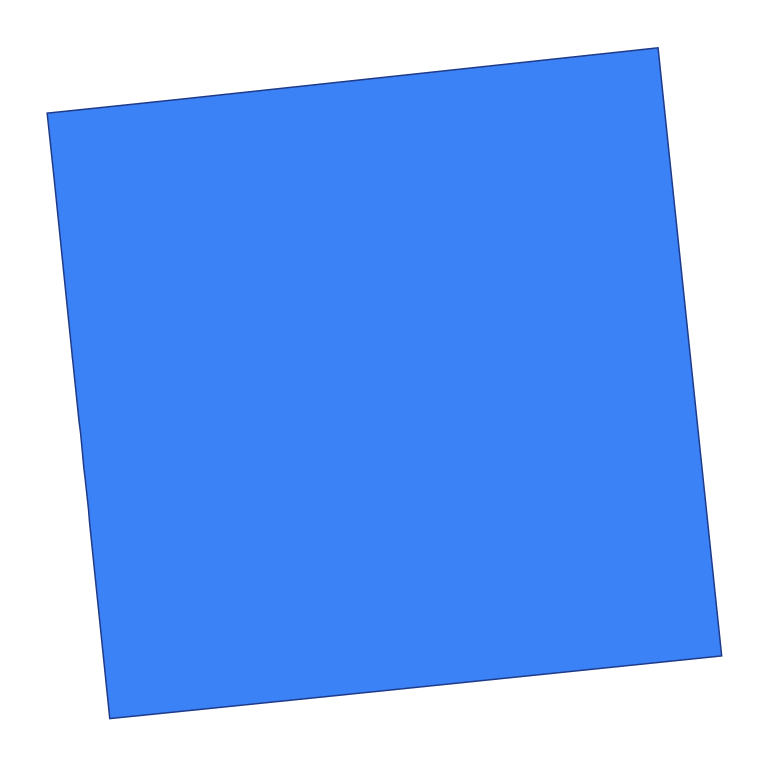 the district of Marshall, Kansas, United States of America, rotated 264°
{"feature_id": "52423323B90330569397627", "entity_name": "Marshall", "entity_type": "district", "adm_level": 2, "iso_a3": "USA", "parent_name": "United States of America", "parent_adm1": "Kansas", "projection": "equal_earth", "projection_center": [-96.532, 39.784], "detail": "fine", "context": "isolated", "style": "filled", "palette": "blue", "viewbox_px": 768, "rotation_deg": 264, "n_neighbors": 0, "source": "geoboundaries", "source_scale": "gbopen_adm2", "svg_char_len": 438}
<svg xmlns="http://www.w3.org/2000/svg" viewBox="0 0 768 768"><g transform="rotate(264 384 384)"><path d="M78.3,691.4L320.8,691.5L321.9,691.5L689.7,691.7L688.5,199.2L688.6,77.3L622.1,77.4L618.4,77.4L447.5,76.9L447.4,76.9L443.3,76.8L440.7,76.9L379.3,76.8L366.5,77.1L346.3,76.9L332.3,76.7L321.6,76.9L320.6,76.9L295.7,77.0L289.9,77.0L276.9,76.7L79.9,76.3L79.1,321.9L78.3,691.4Z" fill="#3b82f6" stroke="#1e3a8a" stroke-width="1.5"/></g></svg>